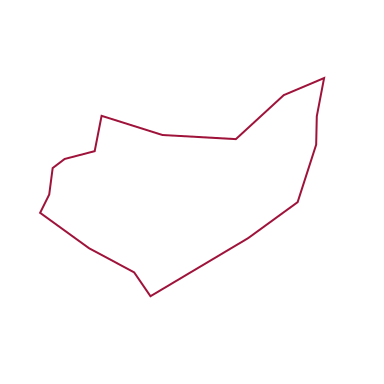 SVG path tracing the border of Oldham, rotated 168°
{"feature_id": "GBR-5681", "entity_name": "Oldham", "entity_type": "Metropolitan Borough", "adm_level": 1, "iso_a3": "GBR", "parent_name": "United Kingdom", "parent_adm1": "", "projection": "natural_earth1", "projection_center": [-2.045, 53.542], "detail": "fine", "context": "isolated", "style": "outline", "palette": "rose", "viewbox_px": 384, "rotation_deg": 168, "n_neighbors": 0, "source": "natural_earth", "source_scale": "10m", "svg_char_len": 375}
<svg xmlns="http://www.w3.org/2000/svg" viewBox="0 0 384 384"><g transform="rotate(168 192 192)"><path d="M60.7,212.5L90.8,160.1L146.7,135.2L254.3,98.7L265.3,125.4L304.4,158.4L344.9,203.2L332.2,219.2L323.3,244.4L309.7,250.8L278.7,252.2L264.6,285.3L209.1,253.9L138.1,234.6L82.1,267.7L39.1,276.0L54.2,240.1L60.7,212.5Z" fill="none" stroke="#9f1239" stroke-width="2"/></g></svg>